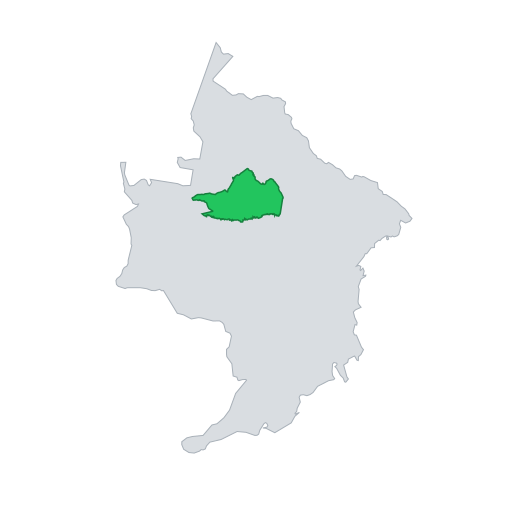 Colombia, with Guaviare highlighted, rotated 189°
{"feature_id": "COL-1423", "entity_name": "Guaviare", "entity_type": "Commissiary", "adm_level": 1, "iso_a3": "COL", "parent_name": "Colombia", "parent_adm1": "", "projection": "mercator", "projection_center": [-71.908, 1.785], "detail": "fine", "context": "in_parent", "style": "filled", "palette": "green", "viewbox_px": 512, "rotation_deg": 189, "n_neighbors": 0, "source": "natural_earth", "source_scale": "10m", "svg_char_len": 9487}
<svg xmlns="http://www.w3.org/2000/svg" viewBox="0 0 512 512"><g transform="rotate(189 256 256)"><path d="M295.8,65.6L290.5,67.8L280.2,70.5L273.1,82.2L268.3,84.2L262.4,91.2L258.0,99.7L254.6,117.1L245.9,131.8L246.6,132.5L250.1,131.8L253.4,130.2L254.6,130.7L255.8,133.3L259.8,133.9L263.0,145.8L269.0,151.9L269.7,154.2L270.5,159.2L268.3,162.1L267.7,173.0L269.6,175.7L274.1,176.8L277.1,183.5L279.0,185.1L281.8,186.2L288.4,185.1L300.5,186.3L303.3,186.1L310.0,183.7L318.5,186.6L324.8,187.1L342.0,207.4L343.7,206.9L345.9,208.0L350.2,206.0L353.9,205.6L358.8,206.6L365.3,206.6L378.3,204.5L380.2,203.4L387.3,204.5L389.4,206.1L390.5,209.9L389.6,212.2L387.2,214.6L385.8,217.6L385.5,221.3L384.3,224.0L382.0,225.8L381.1,228.4L381.6,231.8L380.3,247.1L381.3,248.3L382.1,254.6L385.1,262.8L386.5,265.1L389.0,267.0L393.6,273.8L392.6,276.0L380.8,286.5L380.2,289.0L382.5,288.0L386.1,289.0L387.3,291.5L396.1,298.8L396.0,301.6L398.4,307.1L398.0,308.3L404.0,324.0L404.2,327.3L399.2,328.2L399.0,317.7L398.3,315.6L392.6,306.2L391.4,305.5L387.6,306.6L381.3,313.5L378.4,314.5L376.0,313.5L373.6,309.4L372.1,308.7L370.6,312.1L372.5,315.2L344.6,315.2L339.2,313.9L331.7,315.5L331.6,331.3L344.8,331.5L348.4,336.1L348.1,339.8L348.7,341.1L345.5,341.9L340.9,339.3L332.7,342.3L326.7,343.0L326.3,360.5L329.9,364.9L336.9,369.6L338.0,372.8L337.5,375.8L339.1,379.5L341.5,381.5L341.4,383.8L342.6,386.3L328.8,460.6L323.9,456.1L322.1,452.0L319.7,450.3L315.1,451.6L310.1,449.5L326.2,424.3L325.7,422.0L312.2,415.9L310.8,414.3L304.4,411.0L300.8,412.0L298.8,413.6L293.9,414.1L289.9,411.4L285.2,409.7L279.6,413.9L277.9,413.9L273.9,415.7L269.5,416.4L263.9,414.6L259.4,415.9L256.2,415.6L255.1,414.3L251.0,412.8L250.6,411.1L251.7,407.9L250.0,401.8L249.3,400.8L246.3,400.7L242.7,398.5L242.0,397.2L242.7,394.7L242.1,392.5L238.6,387.6L233.7,386.4L229.1,382.3L224.4,380.8L222.2,377.9L220.2,371.3L215.4,366.2L212.0,364.4L210.8,362.0L207.3,361.7L202.6,358.4L200.5,358.2L199.1,359.8L194.7,358.1L190.9,355.6L187.0,355.0L184.5,353.5L179.9,348.7L175.0,346.4L172.1,347.3L171.2,350.8L169.5,351.4L163.8,350.5L162.9,351.3L161.4,351.1L154.4,348.5L147.5,347.5L145.8,341.6L141.4,339.5L140.0,336.7L137.0,337.0L125.2,331.6L120.3,327.9L116.2,325.8L111.8,321.6L111.1,320.0L107.8,317.5L109.4,314.4L113.4,312.0L118.7,313.9L119.4,310.2L117.5,307.0L118.4,299.6L119.7,298.0L122.6,296.5L124.4,297.1L125.6,295.9L129.9,296.4L131.2,295.9L134.4,293.0L135.9,290.6L137.3,290.8L140.8,286.9L140.3,282.9L143.6,282.1L147.0,275.6L148.5,275.4L149.3,272.3L155.3,261.6L153.1,262.8L150.8,262.1L151.1,258.5L150.4,258.0L148.5,260.8L146.8,258.0L147.2,253.4L144.5,254.3L144.6,253.2L148.6,249.7L150.2,241.8L148.9,239.0L148.1,227.1L147.4,224.8L144.2,221.8L149.3,218.4L151.1,215.9L148.8,210.6L145.7,206.1L145.7,203.5L147.5,203.7L148.2,196.4L146.5,193.5L144.4,193.5L137.6,182.5L135.2,180.3L137.0,175.0L139.0,172.7L138.6,168.7L140.0,168.9L142.9,172.6L144.1,172.0L148.6,168.6L148.8,165.3L152.4,162.0L147.3,150.8L145.5,149.0L147.6,145.4L148.8,145.6L150.8,149.1L154.0,151.4L158.8,157.7L160.8,159.1L159.3,160.5L159.0,162.0L159.7,162.8L162.4,163.0L163.5,161.3L162.8,153.7L161.6,149.9L159.1,147.2L159.9,146.0L164.8,144.2L174.8,136.9L178.3,130.1L180.9,127.6L183.9,126.0L187.6,126.4L190.4,125.5L191.3,123.3L189.4,118.6L191.5,112.1L191.5,108.8L192.9,106.8L192.4,106.0L188.7,108.3L192.5,103.8L195.1,96.7L209.8,84.4L219.3,87.4L222.3,87.2L218.4,88.7L217.8,90.5L219.2,92.4L220.6,92.9L221.9,91.7L225.0,84.5L225.5,80.5L226.9,79.1L229.0,78.6L238.3,80.3L247.2,79.7L261.6,69.4L272.5,64.9L275.2,60.7L275.9,57.5L277.9,56.2L279.9,56.2L281.2,54.5L286.2,51.7L291.5,51.4L297.2,53.8L299.8,58.1L300.2,61.0L295.8,65.6ZM130.0,295.1L129.4,295.7L128.1,294.7L127.7,293.5L128.4,292.6L129.4,292.9L130.0,295.1Z" fill="#d9dde1" stroke="#a8b0b8" stroke-width="1"/><path d="M252.8,334.6L251.5,334.2L251.0,333.9L250.5,333.5L250.2,333.2L249.9,332.5L249.7,332.3L248.8,332.1L248.1,331.2L245.7,329.0L244.4,327.6L244.3,327.1L244.3,326.2L244.0,325.4L243.4,324.5L243.0,323.9L242.7,323.5L241.4,322.5L241.0,322.1L238.6,318.5L238.5,318.2L238.3,317.5L238.7,317.1L238.7,305.3L238.7,302.2L238.8,301.2L239.0,301.0L239.2,300.5L239.6,300.1L239.5,299.4L239.7,299.2L240.2,298.9L240.3,298.9L240.4,299.3L240.5,299.5L241.0,299.4L241.7,299.0L241.9,299.0L242.3,299.7L243.1,299.6L243.4,299.7L243.5,299.8L243.8,299.7L243.9,298.9L244.2,299.5L244.2,300.1L244.3,300.2L244.4,300.3L244.7,299.9L245.1,299.9L245.3,300.1L245.5,300.3L245.9,299.7L246.2,299.7L246.3,299.8L246.3,300.2L246.4,300.3L246.6,300.3L246.8,299.9L247.0,299.9L247.7,300.1L248.1,300.0L248.7,299.9L248.9,299.8L248.9,299.6L248.7,299.4L248.8,299.3L249.5,298.9L250.0,299.0L250.6,298.9L250.7,299.0L250.9,299.4L251.1,299.5L251.3,299.5L251.5,299.4L251.6,299.2L251.6,298.8L251.8,298.7L251.9,298.8L252.3,299.0L252.5,299.0L253.3,298.3L253.7,298.1L253.9,298.1L254.1,298.3L254.3,298.3L254.6,298.1L255.1,297.7L255.6,297.5L255.7,297.2L256.0,297.0L256.5,296.9L256.6,296.7L256.2,296.2L256.3,295.8L256.8,295.6L257.1,295.0L259.2,293.8L259.6,293.6L259.9,293.7L260.2,294.0L260.4,294.2L260.6,294.5L261.2,294.7L261.5,294.3L261.8,293.8L262.0,293.5L262.8,293.4L263.2,293.5L263.3,294.3L263.4,294.5L263.5,294.6L263.8,294.5L264.0,293.5L264.3,293.2L264.5,293.3L264.9,294.0L265.1,294.2L265.1,293.5L265.2,293.0L265.5,292.7L266.1,292.7L265.7,292.2L265.7,291.8L266.8,292.1L267.4,291.6L267.6,291.5L268.5,291.5L268.9,291.4L269.3,291.2L270.3,290.3L270.7,290.3L271.6,290.8L271.8,290.3L272.0,290.0L272.3,290.0L272.6,290.3L272.9,291.2L273.0,291.3L273.1,290.8L273.1,290.3L273.1,290.1L273.2,289.9L273.8,289.5L274.1,289.4L274.5,289.5L274.5,288.9L274.4,288.4L274.4,288.0L274.5,287.6L274.8,287.5L275.7,287.3L276.2,287.2L276.6,287.3L276.9,287.9L277.3,288.1L277.8,288.3L278.8,288.4L279.1,288.6L279.4,288.8L279.7,288.8L280.3,288.7L280.7,288.5L283.2,288.1L283.7,287.8L283.9,287.5L284.3,287.3L284.5,287.3L284.6,287.6L284.8,288.3L285.1,288.4L285.3,288.1L285.4,287.7L285.3,287.0L285.5,286.8L286.6,287.7L286.9,287.8L287.2,287.7L287.6,287.3L287.8,287.3L287.8,288.1L287.9,288.3L288.4,288.4L289.5,287.9L289.9,287.4L290.2,287.4L290.5,287.4L291.1,287.3L291.6,287.4L292.2,287.5L292.5,287.4L292.8,286.9L293.0,287.0L293.8,287.5L294.3,287.7L294.6,287.6L294.7,287.1L294.9,287.0L295.1,287.0L295.6,287.4L295.8,287.3L295.9,287.1L296.1,286.4L296.2,286.2L296.4,286.2L296.6,286.4L296.7,286.8L296.9,287.1L297.1,287.2L297.6,287.2L298.1,287.5L298.4,287.5L298.6,287.4L299.5,286.8L300.2,287.2L300.5,287.2L300.9,286.9L301.6,287.2L302.6,287.0L303.0,287.3L303.5,287.3L303.9,287.5L304.0,287.7L303.9,288.2L303.9,288.4L304.1,288.5L304.2,288.4L304.4,288.2L304.3,287.9L304.3,287.5L304.3,287.2L304.5,287.2L305.0,287.5L305.2,288.0L305.5,288.1L305.6,287.6L305.7,287.4L305.9,287.4L306.3,287.7L306.3,288.0L306.3,288.3L306.9,288.1L307.3,288.1L307.7,288.4L308.0,288.9L308.2,289.0L308.6,288.9L309.3,288.5L309.6,288.4L309.7,288.5L309.8,288.7L309.9,289.2L310.1,289.2L311.1,288.5L311.3,288.2L311.0,287.5L311.0,287.3L311.0,287.1L311.3,287.1L311.5,287.3L312.1,288.0L312.3,288.0L312.6,287.7L313.1,287.7L313.5,287.8L315.8,289.2L306.1,293.2L305.8,293.4L305.8,293.6L306.0,293.9L307.4,294.3L308.6,295.0L309.2,295.1L309.8,295.4L310.3,295.9L311.5,297.7L312.5,299.6L312.8,300.3L313.1,300.7L313.6,301.0L315.3,301.5L315.5,301.5L315.9,301.9L316.0,302.4L316.9,302.2L317.0,302.1L317.7,301.9L318.1,301.9L319.4,302.3L319.7,302.3L320.2,302.7L320.6,302.8L320.8,302.7L320.9,302.3L320.9,302.1L321.1,302.0L321.5,302.0L321.9,301.9L322.2,301.9L322.5,302.1L322.8,302.2L323.4,302.2L324.1,302.0L324.3,302.0L324.5,302.0L324.7,301.9L324.8,301.7L325.1,301.6L325.8,301.7L326.2,301.5L326.5,301.3L327.1,301.6L327.5,302.3L328.1,303.0L328.0,303.5L327.4,303.9L327.2,304.1L326.2,304.7L325.5,305.4L325.4,305.9L324.4,306.6L323.8,307.2L323.5,307.4L323.1,307.6L321.7,307.8L320.6,308.0L319.7,308.3L319.2,308.4L318.8,308.4L318.5,308.5L318.1,308.5L317.2,308.6L316.7,308.8L316.4,309.2L315.8,309.5L314.9,309.7L314.4,309.9L312.8,310.3L312.0,310.7L311.6,310.8L310.9,310.7L310.6,310.7L310.4,310.5L309.8,310.3L309.5,310.4L308.6,310.3L306.3,310.4L305.9,310.3L305.4,310.9L304.4,311.9L303.8,312.3L303.0,312.8L301.7,313.2L299.7,314.3L298.5,315.2L298.1,315.6L297.2,316.3L296.5,316.2L296.0,315.6L295.1,315.3L294.5,314.8L294.1,314.9L294.0,316.9L293.9,317.6L293.7,318.1L293.0,319.0L292.8,319.4L292.6,320.2L292.1,321.4L291.8,321.9L291.7,322.6L291.5,323.3L290.4,325.9L290.2,326.1L290.1,326.4L290.1,327.5L291.0,329.1L291.2,329.4L291.3,329.7L291.3,329.9L291.0,330.0L290.7,329.9L290.5,329.7L290.4,328.9L290.1,328.8L290.0,329.0L289.9,329.3L290.0,329.6L289.9,329.7L289.6,329.7L289.4,329.8L289.3,330.0L289.3,330.8L289.0,331.4L288.7,331.7L288.3,332.1L287.2,333.2L286.9,333.3L286.6,333.3L286.3,333.1L285.9,333.1L285.5,333.2L285.1,333.5L284.8,334.0L284.6,334.4L284.4,334.8L283.7,335.6L282.9,336.2L278.3,341.0L277.3,340.8L277.1,340.7L276.9,340.2L276.6,339.8L275.5,339.4L275.0,339.3L273.4,339.2L273.2,339.0L272.8,338.0L272.5,337.8L271.8,337.6L271.6,337.3L271.6,336.9L271.7,336.5L271.8,336.1L271.6,335.6L271.4,335.6L271.2,335.8L270.7,335.8L270.6,335.6L270.5,334.8L270.4,334.4L270.0,334.3L269.7,334.2L269.4,334.0L269.2,333.7L269.2,333.3L269.1,332.6L269.0,332.1L268.8,331.7L267.6,330.7L267.3,330.5L266.5,330.4L265.9,330.2L263.9,328.9L263.2,328.3L262.8,328.1L262.0,327.8L261.2,327.9L261.2,328.2L260.6,329.0L260.3,328.7L259.9,328.3L259.5,328.0L259.2,327.9L259.1,328.0L258.9,328.3L258.4,328.4L258.3,328.5L258.0,328.9L257.8,329.6L257.6,330.0L257.7,330.7L257.6,331.0L257.6,331.3L257.4,331.6L257.1,331.8L256.3,332.2L255.9,332.5L255.4,333.0L254.9,333.5L254.5,334.0L254.0,334.4L253.6,334.5L252.8,334.6Z" fill="#22c55e" stroke="#15803d" stroke-width="1.5"/></g></svg>